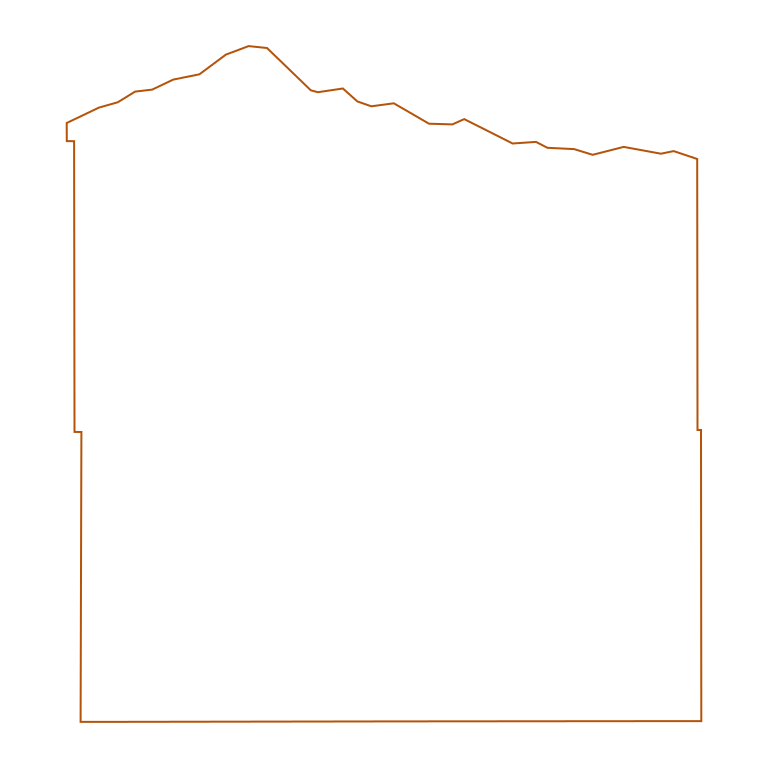 the district of Holt, Nebraska, United States of America
{"feature_id": "52423323B93692161478978", "entity_name": "Holt", "entity_type": "district", "adm_level": 2, "iso_a3": "USA", "parent_name": "United States of America", "parent_adm1": "Nebraska", "projection": "natural_earth1", "projection_center": [-98.808, 42.492], "detail": "fine", "context": "isolated", "style": "outline", "palette": "amber", "viewbox_px": 768, "rotation_deg": 0, "n_neighbors": 0, "source": "geoboundaries", "source_scale": "gbopen_adm2", "svg_char_len": 577}
<svg xmlns="http://www.w3.org/2000/svg" viewBox="0 0 768 768"><path d="M701.3,721.1L701.0,430.0L697.5,430.0L697.2,159.0L673.7,151.1L660.9,153.7L623.7,146.9L592.7,154.8L574.1,149.1L547.4,147.8L536.0,141.9L512.6,143.5L464.2,119.1L452.4,124.4L429.0,123.7L393.8,103.3L371.3,106.3L357.3,101.4L342.9,88.5L317.9,92.2L310.8,90.3L267.0,48.0L248.6,46.1L225.9,54.6L199.4,74.3L173.2,79.6L152.2,89.6L135.1,91.6L117.7,102.3L98.9,107.6L66.7,123.0L66.8,141.1L74.1,141.2L74.5,431.9L81.4,432.0L80.6,721.9L88.5,721.9L395.2,721.4L701.3,721.1Z" fill="none" stroke="#b45309" stroke-width="2"/></svg>